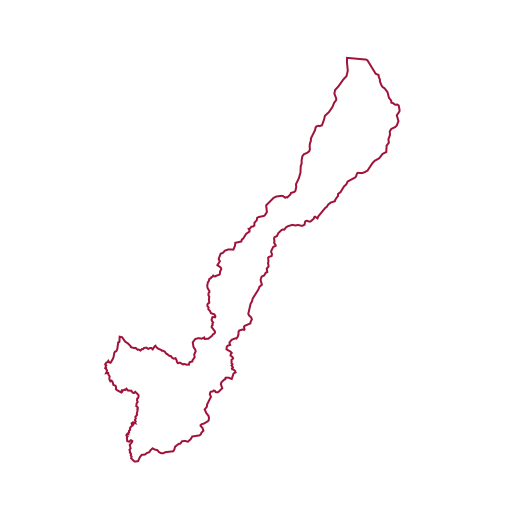 the district of Casabianca, Tolima, Colombia, rotated 161°
{"feature_id": "7082276B30278837884902", "entity_name": "Casabianca", "entity_type": "district", "adm_level": 2, "iso_a3": "COL", "parent_name": "Colombia", "parent_adm1": "Tolima", "projection": "robinson", "projection_center": [-75.127, 5.008], "detail": "fine", "context": "isolated", "style": "outline", "palette": "rose", "viewbox_px": 512, "rotation_deg": 161, "n_neighbors": 0, "source": "geoboundaries", "source_scale": "gbopen_adm2", "svg_char_len": 6131}
<svg xmlns="http://www.w3.org/2000/svg" viewBox="0 0 512 512"><g transform="rotate(161 256 256)"><path d="M105.4,413.7L106.9,409.7L108.9,401.3L111.9,396.6L116.1,394.4L122.9,389.5L127.2,387.2L129.0,384.1L128.9,378.6L129.4,377.3L132.3,375.4L135.2,372.0L140.2,368.3L145.2,366.1L147.2,362.9L151.1,358.1L153.5,358.1L154.8,358.9L156.6,358.8L157.7,358.3L159.2,355.8L165.8,349.3L166.8,346.7L168.1,345.3L169.6,342.3L170.2,339.5L171.6,337.7L174.3,336.8L177.4,336.7L179.7,335.2L181.8,331.5L182.7,328.6L184.4,326.5L186.9,320.2L190.3,315.4L194.8,310.9L195.5,308.1L197.6,304.7L198.9,304.1L202.5,304.2L203.4,303.0L207.4,301.2L208.2,301.8L209.4,301.6L211.0,303.9L212.3,304.6L217.5,305.6L220.3,305.3L229.9,300.6L231.4,294.0L234.3,291.7L235.6,291.3L240.9,292.0L242.5,291.7L243.6,289.6L246.6,288.0L247.7,285.3L249.2,284.9L250.8,285.2L252.9,283.9L254.1,284.0L253.8,282.2L254.2,281.2L258.0,280.2L262.5,276.6L264.0,276.2L265.1,274.5L271.3,275.2L272.5,272.6L275.3,269.4L279.9,271.2L283.5,271.2L286.5,269.7L288.7,269.7L292.0,265.7L292.3,264.9L291.8,262.9L295.5,259.9L293.3,256.9L292.9,255.5L293.3,254.6L295.0,253.1L296.0,250.8L297.1,250.2L300.4,250.3L300.9,249.9L302.2,250.5L302.8,251.4L303.9,250.5L305.2,250.5L305.9,249.7L307.6,249.5L309.0,247.4L310.0,246.9L311.8,243.8L312.2,241.4L311.5,238.0L311.9,236.9L313.0,236.3L313.7,234.6L313.5,232.5L314.6,230.6L315.4,227.0L317.1,226.6L317.9,225.6L318.3,224.4L317.6,222.9L318.4,221.2L317.4,219.0L317.2,216.6L314.3,214.3L314.0,212.2L314.6,211.4L317.0,212.4L318.7,210.3L318.8,209.0L318.2,207.2L319.3,206.2L319.4,204.9L320.4,204.4L321.1,203.2L319.4,198.1L319.6,197.2L320.4,196.3L321.9,196.1L323.5,194.9L328.0,193.3L331.6,194.3L331.5,195.8L334.3,195.5L337.0,197.0L340.4,197.3L343.9,195.0L344.7,190.6L344.5,188.9L343.9,187.6L344.1,185.4L346.4,183.2L347.0,180.2L350.0,178.1L350.5,177.0L353.4,177.2L354.8,175.1L356.9,175.8L359.2,177.4L360.3,177.2L362.7,180.0L364.7,180.0L365.3,181.5L365.0,183.1L365.4,185.6L367.0,185.6L368.2,186.6L369.2,189.3L370.3,189.7L371.2,190.8L371.7,192.1L372.6,192.7L373.4,195.2L374.9,196.8L375.9,197.1L376.2,198.0L378.7,200.2L379.8,202.1L380.3,203.9L381.4,203.5L384.1,201.4L384.9,203.1L386.3,203.5L388.2,203.2L389.4,205.0L391.8,205.5L393.2,204.7L394.3,205.1L396.0,204.2L397.3,205.7L398.5,205.9L399.7,208.3L401.2,208.6L404.0,210.6L404.0,211.7L405.5,214.9L407.6,217.7L409.1,222.8L411.2,224.1L413.0,219.5L413.4,219.1L414.4,219.2L417.5,213.1L419.1,211.4L420.4,211.5L421.5,210.6L423.5,206.9L425.1,205.1L428.3,202.4L429.4,203.3L429.8,204.9L430.7,204.0L432.3,203.9L433.8,202.8L433.2,201.4L434.0,201.0L434.2,199.9L434.9,199.2L434.2,198.9L434.6,197.8L434.1,196.5L435.0,194.8L435.9,194.0L433.8,193.6L434.2,192.0L433.6,189.8L434.8,187.3L434.5,184.9L433.2,185.2L432.6,183.7L432.8,180.5L431.1,179.1L431.0,177.5L431.8,175.7L431.0,174.3L427.7,170.7L426.9,171.1L426.8,172.4L426.3,172.8L425.5,172.1L423.6,172.4L423.2,171.9L421.7,172.7L420.9,170.5L417.7,169.2L417.6,168.2L416.7,166.5L415.9,166.2L414.4,166.9L412.4,162.9L412.8,161.3L413.9,160.0L414.7,159.9L415.5,158.2L415.4,156.6L416.8,155.6L418.1,153.0L417.1,151.5L417.3,150.6L418.1,149.9L417.9,149.1L420.1,145.7L420.1,144.6L422.5,143.1L422.5,141.6L423.9,140.4L423.6,138.7L424.7,138.0L424.6,137.4L426.3,138.8L428.1,138.3L428.1,137.5L426.7,137.1L426.7,136.7L427.5,136.6L427.9,135.8L429.0,135.7L431.2,134.4L431.6,132.6L433.1,132.0L433.4,130.5L434.1,130.2L434.6,129.1L435.4,129.9L436.9,128.8L436.2,127.2L437.1,126.7L438.0,122.9L436.4,121.7L434.3,122.6L433.2,121.4L433.7,120.5L436.9,118.5L437.2,114.9L438.8,113.9L438.7,112.3L439.3,111.1L438.7,110.4L438.6,109.5L439.4,108.1L438.9,106.9L439.9,105.4L438.2,101.9L437.4,101.0L434.3,100.4L431.3,103.6L428.8,105.2L425.6,104.4L423.6,105.2L420.6,105.3L419.3,106.5L416.4,107.8L414.8,106.0L412.5,104.6L411.6,102.2L410.0,100.5L408.1,99.7L405.5,100.0L397.8,98.3L396.5,99.3L394.5,102.1L390.3,103.5L388.7,103.2L386.3,104.9L383.4,104.3L380.9,102.6L377.5,104.0L375.0,106.1L367.9,104.8L366.3,105.3L365.1,106.7L362.6,107.9L362.6,111.1L363.7,113.3L363.5,114.1L362.0,114.7L360.0,114.5L355.7,115.3L354.3,116.0L353.3,117.9L352.9,120.2L354.1,123.6L354.5,127.6L351.5,129.5L350.7,131.4L344.4,137.6L344.7,140.3L343.5,142.1L342.5,142.4L341.1,142.0L339.8,142.6L338.8,142.0L338.5,140.4L336.7,139.6L335.3,139.9L330.9,142.0L331.0,146.2L329.9,147.8L326.8,149.3L325.1,149.5L324.7,150.6L324.1,150.8L321.6,149.9L319.0,147.6L315.5,152.2L313.2,152.6L313.3,154.4L314.3,156.0L315.4,156.7L315.4,157.5L314.0,158.3L314.8,160.5L313.5,161.3L314.0,162.7L312.9,165.8L311.0,166.6L311.1,168.2L312.5,170.1L311.8,171.5L310.5,172.2L311.1,173.7L314.3,177.4L313.2,179.6L312.1,180.4L309.4,180.3L309.5,181.8L309.1,183.0L306.2,184.7L302.4,184.9L301.6,184.3L299.9,185.3L298.2,187.4L297.2,190.0L296.1,191.0L292.7,190.9L291.1,190.0L290.7,190.4L290.5,192.8L289.6,193.6L283.2,194.1L282.7,195.3L280.5,197.5L280.6,199.5L282.0,202.3L282.1,203.9L276.5,212.8L274.8,214.1L272.9,216.9L264.7,223.5L262.7,225.8L259.8,226.9L259.5,231.8L257.9,234.1L256.9,234.8L254.5,235.0L252.3,237.0L250.6,237.1L249.9,240.7L247.9,241.7L247.3,242.5L247.0,245.3L246.0,246.8L245.1,250.4L244.2,250.9L241.2,250.9L240.3,252.5L240.4,254.9L239.7,256.1L236.7,259.0L234.1,259.2L233.9,259.9L234.6,262.7L233.8,263.7L233.3,266.6L232.3,267.8L229.8,268.0L227.4,270.4L223.7,272.1L222.4,272.4L220.7,271.7L218.5,273.2L216.3,273.8L211.5,273.6L208.7,272.0L206.2,271.7L203.1,269.7L202.1,269.5L199.9,269.8L198.6,272.2L197.8,272.8L196.5,272.8L194.3,271.1L193.2,270.9L189.4,272.4L188.1,273.9L187.4,274.0L185.6,271.6L184.2,273.2L175.1,278.8L173.0,279.5L170.9,281.2L167.9,282.2L163.6,282.1L162.6,283.5L158.8,286.2L158.2,288.0L155.4,288.8L150.0,293.2L147.3,294.3L145.1,296.6L136.5,298.0L135.2,299.0L133.8,301.0L132.7,301.5L128.9,299.9L126.1,299.8L122.7,300.5L115.7,305.9L112.7,307.4L107.6,308.3L103.2,311.3L99.0,311.9L96.5,317.9L93.5,319.9L92.8,323.3L90.0,326.7L88.9,330.3L86.7,332.1L82.5,332.6L80.6,333.4L77.4,337.1L77.1,343.2L73.3,346.0L72.7,347.4L72.1,351.9L73.2,353.3L74.5,353.4L75.7,354.3L76.6,355.9L78.1,356.9L77.6,358.9L78.8,362.4L78.3,368.1L79.8,372.6L81.3,374.6L81.8,376.5L82.0,380.8L81.4,382.5L81.6,385.2L81.2,387.3L83.5,389.3L86.9,404.7L88.0,405.9L105.4,413.7Z" fill="none" stroke="#9f1239" stroke-width="2"/></g></svg>